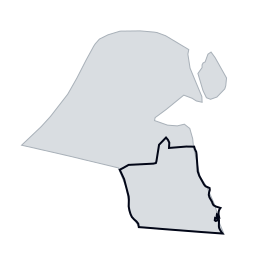 where Al Ahmadi sits in Kuwait, rotated 5°
{"feature_id": "KWT-1665", "entity_name": "Al Ahmadi", "entity_type": "Province", "adm_level": 1, "iso_a3": "KWT", "parent_name": "Kuwait", "parent_adm1": "", "projection": "orthographic", "projection_center": [48.089, 28.9], "detail": "fine", "context": "in_parent", "style": "outline", "palette": "ink", "viewbox_px": 256, "rotation_deg": 5, "n_neighbors": 0, "source": "natural_earth", "source_scale": "10m", "svg_char_len": 1846}
<svg xmlns="http://www.w3.org/2000/svg" viewBox="0 0 256 256"><g transform="rotate(5 128 128)"><path d="M232.5,224.6L213.4,225.0L189.4,225.3L169.8,225.6L147.8,225.8L138.1,213.9L134.9,200.9L131.5,187.6L121.9,168.6L89.8,163.8L72.7,161.2L44.6,157.3L23.5,154.4L41.5,134.1L49.8,123.2L65.0,99.6L72.7,82.8L80.3,64.1L86.7,49.5L88.1,46.9L91.8,41.9L100.0,36.9L111.7,32.2L131.6,30.2L145.5,30.2L148.6,30.4L157.4,32.8L181.7,44.6L181.2,49.2L184.6,63.0L192.4,78.0L198.8,90.2L199.6,95.9L193.7,95.1L189.3,92.8L180.7,90.4L164.1,106.5L154.1,115.3L153.8,118.3L167.1,121.7L176.9,121.6L183.8,119.3L189.6,123.1L193.4,133.1L194.9,141.1L204.0,170.1L211.6,179.8L221.1,197.1L224.6,206.0L226.7,213.5L232.5,224.6ZM213.9,89.4L207.7,92.2L203.5,91.0L199.5,84.3L192.9,67.6L196.5,61.4L196.3,58.7L197.1,56.7L199.1,55.4L201.2,47.5L204.1,45.1L208.7,50.4L221.8,69.6L221.7,77.4L221.0,80.6L213.9,89.4Z" fill="#d9dde1" stroke="#a8b0b8" stroke-width="1"/><path d="M147.4,225.8L146.5,222.4L144.5,220.3L142.0,218.5L139.6,216.3L138.0,213.5L136.5,209.8L135.5,206.0L135.1,199.2L134.6,196.1L128.6,179.3L123.4,170.3L126.4,168.4L131.8,164.7L156.3,161.3L158.8,160.5L159.2,158.8L160.4,142.0L166.7,134.2L168.8,136.3L170.4,139.0L170.6,144.3L187.7,141.4L194.6,140.9L195.5,140.8L196.5,143.3L198.0,145.8L198.6,148.3L201.3,165.3L203.2,169.5L208.7,177.7L210.3,179.3L214.5,180.7L214.9,182.6L214.4,185.0L214.3,187.6L215.2,190.0L218.2,194.3L218.8,195.8L220.0,197.5L222.5,198.6L227.1,199.6L226.0,201.5L225.6,203.7L225.7,206.0L226.3,208.1L224.7,206.9L224.1,206.4L224.0,207.4L224.1,208.0L224.6,208.5L225.6,209.0L224.8,210.1L224.3,210.4L223.8,210.2L223.4,209.8L222.6,209.8L222.5,212.4L223.5,213.0L225.0,212.3L226.4,210.7L226.7,212.0L227.1,218.0L227.5,219.6L228.4,221.2L230.1,223.5L231.4,224.9L211.9,225.2L192.4,225.4L172.9,225.6L153.3,225.7L147.4,225.8Z" fill="none" stroke="#020617" stroke-width="2"/></g></svg>